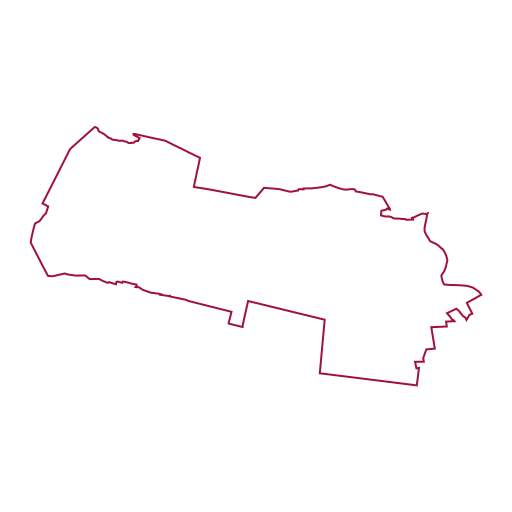 outline of Calopar, Dolj, Romania
{"feature_id": "2599482B22631424246378", "entity_name": "Calopar", "entity_type": "district", "adm_level": 2, "iso_a3": "ROU", "parent_name": "Romania", "parent_adm1": "Dolj", "projection": "natural_earth1", "projection_center": [23.749, 44.163], "detail": "fine", "context": "isolated", "style": "outline", "palette": "rose", "viewbox_px": 512, "rotation_deg": 0, "n_neighbors": 0, "source": "geoboundaries", "source_scale": "gbopen_adm2", "svg_char_len": 4795}
<svg xmlns="http://www.w3.org/2000/svg" viewBox="0 0 512 512"><path d="M423.4,357.6L426.3,349.4L434.8,348.6L431.3,327.2L446.8,326.5L446.1,321.6L454.4,321.2L453.5,320.1L452.6,320.2L450.0,316.6L447.0,313.2L456.4,308.7L459.3,311.2L460.3,312.8L461.6,314.3L463.0,316.1L464.7,317.1L465.5,317.9L466.5,319.9L469.5,314.8L472.3,313.7L466.8,302.9L481.3,294.8L481.0,294.3L479.1,291.8L473.0,287.6L470.0,286.7L467.0,285.8L458.9,285.2L451.0,285.0L447.8,284.8L444.7,284.6L443.9,284.1L443.9,283.8L443.1,282.6L442.6,281.2L441.7,277.9L441.4,275.5L442.3,273.9L444.1,271.4L445.7,267.4L446.6,263.6L447.4,260.5L446.4,256.3L444.7,252.2L442.7,249.2L440.8,247.8L438.4,245.5L435.5,243.6L433.5,242.9L430.5,241.3L430.1,241.1L428.6,238.5L427.2,236.6L425.1,232.4L424.7,231.6L424.5,228.2L425.2,224.3L425.7,222.0L426.3,219.6L426.6,217.2L427.1,214.9L427.7,213.3L427.3,213.4L426.6,214.0L424.5,213.8L423.3,213.6L422.0,213.7L421.3,213.9L420.6,214.2L419.3,214.8L417.9,215.4L415.2,216.7L414.5,217.1L413.4,217.5L412.7,217.6L412.0,217.8L412.3,218.6L412.9,219.3L413.9,219.7L411.6,219.6L410.1,219.7L409.0,219.6L408.9,219.7L408.5,219.7L407.5,219.8L407.1,219.8L406.5,219.8L405.9,219.6L405.6,219.2L404.9,219.0L403.1,219.1L401.0,218.9L400.5,218.7L400.1,218.7L399.4,218.7L398.6,218.7L397.5,218.5L395.3,218.6L394.3,218.4L393.5,218.3L392.7,218.0L392.1,217.5L391.4,217.0L390.2,216.7L388.6,216.5L388.0,216.3L387.2,216.5L386.2,216.5L384.1,216.3L383.6,216.2L382.9,215.9L382.1,215.6L381.0,215.4L381.4,210.7L383.5,210.3L384.9,210.1L385.6,209.7L386.3,209.5L386.6,209.0L387.1,208.6L388.0,208.5L388.3,208.7L388.4,209.1L389.0,209.4L389.7,209.5L389.9,209.6L389.9,208.8L388.4,206.6L385.0,200.7L382.6,196.8L372.4,194.1L371.4,194.4L370.6,194.3L366.6,193.5L361.5,192.4L355.8,191.4L355.6,190.8L355.5,190.7L355.3,190.1L354.5,189.4L353.5,189.1L351.3,189.1L348.9,189.3L346.4,189.7L343.3,189.4L339.6,188.4L335.8,187.1L332.6,185.9L330.1,184.7L326.4,186.2L322.4,187.1L316.9,187.8L311.4,188.4L306.1,188.4L304.1,188.5L303.4,188.5L303.5,189.3L302.6,189.3L301.8,189.3L300.6,189.2L299.9,189.2L299.1,189.2L298.7,189.2L298.5,189.3L298.3,189.7L298.2,190.1L298.1,190.5L297.9,190.5L296.7,190.7L295.3,191.0L291.1,191.7L290.2,191.7L289.8,191.7L288.6,191.4L286.2,190.8L284.5,190.4L282.9,190.0L281.3,189.6L279.9,189.2L278.5,189.1L276.5,188.8L274.7,188.7L272.6,188.5L270.4,188.4L267.2,188.1L265.3,187.9L263.9,187.9L263.0,189.1L261.4,190.9L259.1,193.6L258.0,194.9L256.7,196.3L256.2,197.0L255.8,197.6L255.5,197.9L251.6,197.3L248.9,196.9L242.1,195.6L233.6,194.0L222.5,191.9L210.9,189.7L203.1,188.4L194.0,187.0L193.8,186.9L194.1,185.6L194.4,183.9L194.8,182.1L195.5,178.9L196.1,176.5L196.9,172.0L197.9,168.1L199.5,160.2L200.0,157.8L193.9,154.9L191.6,153.7L190.1,153.1L184.7,150.3L174.2,145.2L171.6,143.9L168.8,142.5L167.3,141.7L165.1,140.7L163.8,140.4L160.6,139.7L158.3,139.2L157.0,138.9L155.0,138.5L153.4,138.2L152.3,137.9L147.2,136.8L142.9,135.8L138.9,134.9L136.3,134.3L135.0,134.0L133.8,133.9L133.6,134.0L133.4,134.4L133.6,134.7L134.2,135.2L137.6,137.0L138.7,137.6L139.1,137.8L138.9,137.9L139.0,138.1L139.1,138.3L139.1,138.5L139.3,138.6L139.4,139.1L138.8,139.6L138.0,140.5L138.0,141.0L136.9,140.9L135.9,141.1L135.1,141.4L134.6,141.8L134.3,142.3L134.1,142.4L133.7,142.6L132.9,142.9L132.3,142.9L131.9,142.8L131.7,142.6L131.4,142.7L130.9,143.0L130.1,143.0L129.6,143.0L129.0,143.1L128.4,142.9L128.0,142.7L127.5,142.2L127.0,142.0L126.4,141.7L125.9,141.6L124.6,141.4L123.6,141.0L122.8,140.7L122.3,140.7L121.2,140.7L119.7,140.8L118.6,140.7L118.0,140.5L117.4,140.4L117.1,140.2L116.3,140.1L115.2,140.0L113.3,139.8L112.8,139.7L112.2,139.5L111.9,139.2L111.0,138.6L110.5,138.3L109.7,138.1L109.0,138.0L108.5,137.7L108.3,137.5L108.0,137.1L107.3,136.9L107.2,136.7L106.9,136.4L106.4,135.9L105.7,135.4L105.4,135.1L103.8,134.0L102.8,133.4L101.9,132.8L100.6,132.4L99.3,131.5L98.4,130.7L98.3,129.5L98.1,129.1L97.6,128.4L97.1,128.0L96.6,127.6L96.2,127.5L94.9,126.9L95.2,126.6L70.9,148.3L69.8,149.6L69.6,150.0L61.1,166.8L54.2,180.5L42.5,203.5L48.2,206.4L46.0,213.3L43.5,215.7L39.6,221.1L35.5,223.2L34.9,223.9L33.0,230.9L31.4,238.1L30.7,242.6L33.6,248.2L43.2,266.9L48.0,275.9L52.4,276.3L64.7,273.5L68.0,274.5L75.5,275.6L84.7,275.4L85.8,275.9L89.6,279.1L99.0,278.9L101.7,280.4L107.0,282.7L108.4,282.7L108.9,282.1L115.9,284.3L116.5,281.8L118.4,281.7L122.3,282.8L122.9,281.6L124.0,281.7L129.0,282.8L131.0,283.5L136.5,284.6L136.7,285.1L136.3,286.2L135.6,287.1L136.6,287.3L137.8,286.9L139.8,287.8L140.8,288.5L142.7,289.8L150.8,292.7L152.4,292.9L159.4,293.8L161.3,294.4L160.8,294.9L161.5,295.0L168.8,296.0L169.4,295.9L169.2,296.3L185.9,299.8L188.5,301.0L231.5,311.8L228.6,323.3L228.7,323.6L242.6,327.0L242.9,324.5L245.2,313.9L248.1,301.0L248.4,301.1L324.7,319.7L319.8,373.3L416.8,385.4L419.0,367.9L416.5,368.4L415.0,361.8L423.8,361.7L423.2,358.0L423.4,357.6Z" fill="none" stroke="#9f1239" stroke-width="2"/></svg>